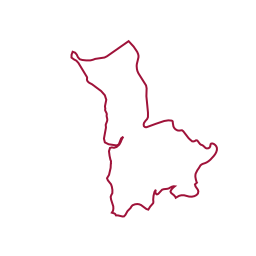 an SVG outline of Litoral, rotated 325°
{"feature_id": "GNQ-1470", "entity_name": "Litoral", "entity_type": "Province", "adm_level": 1, "iso_a3": "GNQ", "parent_name": "Equatorial Guinea", "parent_adm1": "", "projection": "orthographic", "projection_center": [9.856, 1.633], "detail": "fine", "context": "isolated", "style": "outline", "palette": "rose", "viewbox_px": 256, "rotation_deg": 325, "n_neighbors": 0, "source": "natural_earth", "source_scale": "10m", "svg_char_len": 2781}
<svg xmlns="http://www.w3.org/2000/svg" viewBox="0 0 256 256"><g transform="rotate(325 128 128)"><path d="M126.4,33.8L127.9,36.0L128.1,38.5L127.6,41.3L127.9,44.0L129.6,46.1L132.7,48.8L136.1,51.1L138.5,52.0L140.8,52.6L149.2,56.8L151.9,57.2L169.7,57.2L178.3,57.2L179.3,64.5L179.2,70.9L178.7,73.2L178.0,74.9L177.0,76.2L171.9,80.7L170.7,82.1L169.2,84.7L168.4,86.7L167.9,89.2L167.2,103.5L166.0,106.2L161.3,112.5L153.1,127.0L150.6,130.5L148.9,131.6L146.3,132.2L144.1,133.0L142.9,134.0L142.1,135.5L142.3,136.6L142.8,137.4L143.7,138.0L153.1,140.5L161.6,143.0L165.5,144.9L167.9,146.9L168.3,147.5L168.4,148.2L167.5,149.8L166.1,152.8L165.9,154.4L166.1,156.2L167.1,158.3L168.3,159.4L170.9,160.8L171.4,162.3L171.8,171.0L172.2,173.1L172.9,175.7L174.0,176.6L175.2,177.0L176.7,177.1L177.5,177.9L177.7,179.1L177.7,180.7L177.8,182.5L178.2,183.6L178.9,184.5L179.4,185.6L180.1,188.9L180.8,189.9L182.2,190.7L183.6,190.8L184.7,190.3L185.7,189.3L186.5,188.6L187.3,188.5L188.4,189.2L189.2,190.4L189.7,192.0L189.8,193.7L189.4,195.3L188.2,197.0L186.4,198.4L184.4,199.4L182.3,200.1L177.3,201.2L174.8,201.4L172.7,201.3L171.1,201.0L168.4,200.2L167.2,200.1L165.9,200.2L164.3,200.9L163.7,201.2L160.5,202.4L157.4,204.1L156.7,204.7L156.0,205.5L155.2,206.6L154.0,209.2L153.1,212.0L153.1,212.3L150.5,212.6L149.8,214.6L149.8,218.5L149.3,220.2L147.7,221.8L145.6,222.2L143.3,221.9L140.9,220.9L138.7,219.2L135.3,215.2L133.1,213.7L131.0,212.9L127.1,212.5L127.3,211.8L127.1,209.5L126.1,206.1L126.3,204.5L127.4,203.7L129.1,203.1L131.1,202.7L132.8,202.6L132.0,201.9L130.4,201.3L128.4,201.0L126.8,200.9L125.4,200.4L122.1,198.6L120.5,198.1L115.0,199.3L113.6,199.0L113.1,197.6L113.7,196.2L114.7,195.0L115.5,194.5L113.1,195.5L110.0,198.2L107.5,201.2L106.4,203.1L105.5,204.0L101.1,205.1L97.8,206.5L96.6,204.9L94.5,198.6L93.4,196.9L92.0,195.6L89.9,194.5L87.4,193.9L85.7,194.3L84.2,195.0L79.9,195.8L76.0,197.7L74.0,198.1L72.8,197.4L69.7,193.9L68.0,192.7L68.2,191.3L67.9,190.3L66.2,188.1L68.3,187.2L69.8,185.6L71.0,183.7L73.1,176.9L74.3,174.5L75.8,173.4L77.8,172.4L79.7,169.8L81.1,166.8L81.8,164.4L81.5,159.3L82.0,157.1L85.6,155.5L90.9,150.7L93.2,147.7L93.6,147.5L93.9,146.8L94.5,146.2L95.1,145.3L95.4,143.9L97.0,140.1L99.1,136.1L101.8,134.0L103.6,134.6L105.2,136.2L107.7,137.0L111.3,136.6L113.8,135.4L116.1,133.9L119.1,132.4L116.4,132.6L111.0,136.2L108.6,135.7L102.8,130.2L100.8,126.5L102.2,122.9L110.0,115.2L110.4,114.7L111.2,113.2L111.8,112.4L114.5,110.6L115.6,109.6L116.2,108.6L117.3,106.0L117.9,105.2L118.5,104.6L118.9,103.7L119.4,100.5L120.0,99.6L120.6,99.0L120.9,98.3L121.6,97.0L126.4,92.4L127.8,87.9L127.2,82.4L123.6,71.5L122.3,69.0L121.9,67.9L121.7,66.4L122.0,65.0L122.7,64.1L123.3,63.5L123.6,62.7L124.7,46.2L124.3,43.2L123.1,40.9L122.1,37.9L123.8,35.6L126.4,33.8Z" fill="none" stroke="#9f1239" stroke-width="2"/></g></svg>